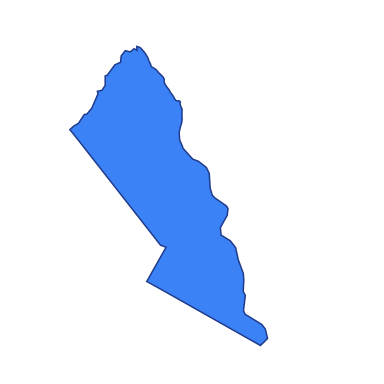 Charles Mix, South Dakota, United States of America, rotated 209°
{"feature_id": "52423323B18286734476432", "entity_name": "Charles Mix", "entity_type": "district", "adm_level": 2, "iso_a3": "USA", "parent_name": "United States of America", "parent_adm1": "South Dakota", "projection": "orthographic", "projection_center": [-98.482, 43.168], "detail": "fine", "context": "isolated", "style": "filled", "palette": "blue", "viewbox_px": 384, "rotation_deg": 209, "n_neighbors": 0, "source": "geoboundaries", "source_scale": "gbopen_adm2", "svg_char_len": 1395}
<svg xmlns="http://www.w3.org/2000/svg" viewBox="0 0 384 384"><g transform="rotate(209 192 192)"><path d="M168.6,91.8L57.7,90.9L54.9,100.5L61.3,107.6L66.7,110.0L86.3,110.8L89.5,113.3L95.2,127.4L99.0,129.8L104.0,140.1L107.7,145.7L118.5,155.0L127.0,164.6L134.9,167.9L145.7,168.4L149.9,174.6L149.9,188.8L152.5,195.0L155.2,196.5L169.2,197.9L172.9,199.2L178.0,204.2L185.9,216.6L191.3,220.4L201.4,222.0L207.3,221.1L220.8,225.8L228.1,231.7L232.1,237.8L233.9,244.1L234.5,247.3L235.7,250.4L238.3,254.8L240.8,259.6L242.1,260.6L242.8,260.9L244.2,262.4L245.1,263.0L245.4,263.4L245.6,264.8L246.0,265.2L247.0,265.5L247.5,265.5L248.2,265.2L248.9,264.5L250.0,264.3L251.2,264.4L254.1,266.3L256.0,267.3L258.9,268.5L261.3,270.1L265.2,271.8L267.8,273.2L268.7,273.8L269.7,274.8L270.1,275.4L270.7,276.6L270.9,277.0L271.5,277.6L272.4,278.2L273.8,278.8L275.9,279.4L278.7,280.1L282.6,281.6L285.2,281.9L287.4,281.8L288.9,282.3L289.3,282.6L290.0,283.6L293.3,285.8L294.5,286.9L295.0,287.5L296.0,288.2L299.4,290.2L302.7,291.7L306.9,293.1L307.7,293.1L308.6,293.1L310.9,292.5L308.7,289.2L312.1,289.3L313.9,284.7L318.9,283.2L319.9,276.6L317.4,270.8L321.1,265.9L322.8,253.1L324.2,251.4L319.6,243.1L320.1,237.2L323.6,234.2L321.8,232.2L320.3,216.9L321.7,209.2L323.8,207.5L324.6,197.1L327.4,192.3L329.1,187.3L320.1,183.7L193.7,130.2L187.9,131.1L188.2,91.8L168.6,91.8Z" fill="#3b82f6" stroke="#1e3a8a" stroke-width="1.5"/></g></svg>